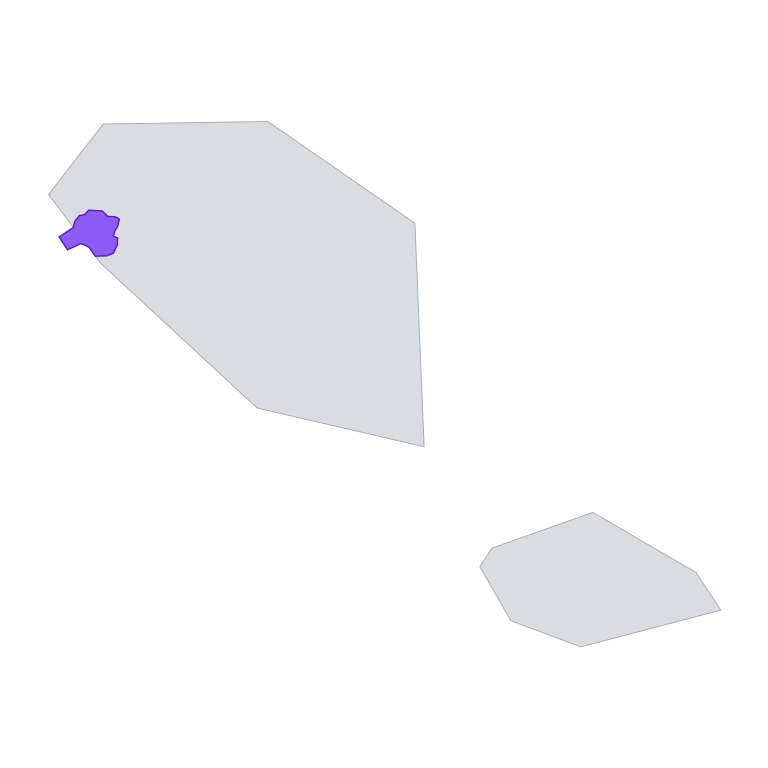 Żabbar on a map of Malta (Albers equal-area conic projection), rotated 178°
{"feature_id": "MLT-5956", "entity_name": "Żabbar", "entity_type": "state/province", "adm_level": 1, "iso_a3": "MLT", "parent_name": "Malta", "parent_adm1": "", "projection": "albers", "projection_center": [14.539, 35.872], "detail": "fine", "context": "in_parent", "style": "filled", "palette": "violet", "viewbox_px": 768, "rotation_deg": 178, "n_neighbors": 0, "source": "natural_earth", "source_scale": "10m", "svg_char_len": 688}
<svg xmlns="http://www.w3.org/2000/svg" viewBox="0 0 768 768"><g transform="rotate(178 384 384)"><path d="M712.7,585.1L655.5,653.6L491.0,650.4L347.5,543.6L346.1,319.9L511.6,364.4L662.8,514.4L712.7,585.1ZM281.9,216.2L179.8,248.4L78.8,184.7L55.3,146.3L196.6,114.4L265.4,143.0L294.6,198.0L281.9,216.2Z" fill="#d9dde1" stroke="#a8b0b8" stroke-width="1"/><path d="M695.6,529.2L703.6,542.3L689.2,551.1L687.2,557.4L682.6,563.0L677.6,563.6L673.0,568.0L659.4,566.7L654.3,561.1L646.8,560.5L642.7,558.0L644.7,551.1L647.8,546.2L649.3,541.2L645.2,539.3L645.7,532.4L649.8,524.3L656.4,521.8L668.0,521.8L674.0,531.2L682.1,534.9L695.6,529.2Z" fill="#8b5cf6" stroke="#5b21b6" stroke-width="1.5"/></g></svg>